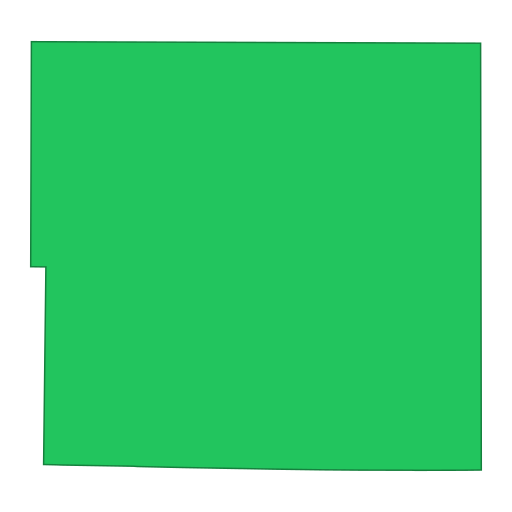 Taylor, Iowa, United States of America
{"feature_id": "52423323B56193221879017", "entity_name": "Taylor", "entity_type": "district", "adm_level": 2, "iso_a3": "USA", "parent_name": "United States of America", "parent_adm1": "Iowa", "projection": "orthographic", "projection_center": [-94.694, 40.736], "detail": "fine", "context": "isolated", "style": "filled", "palette": "green", "viewbox_px": 512, "rotation_deg": 0, "n_neighbors": 0, "source": "geoboundaries", "source_scale": "gbopen_adm2", "svg_char_len": 412}
<svg xmlns="http://www.w3.org/2000/svg" viewBox="0 0 512 512"><path d="M481.3,470.0L480.6,43.2L31.4,41.7L30.7,266.7L45.9,266.9L43.6,464.5L56.9,464.8L61.5,465.0L133.5,466.2L137.3,466.5L145.9,466.7L182.6,467.5L239.2,468.5L240.9,468.5L272.8,469.1L322.6,469.8L360.2,470.1L411.3,470.2L411.6,470.2L415.1,470.3L416.3,470.3L419.5,470.3L463.5,470.2L481.3,470.0Z" fill="#22c55e" stroke="#15803d" stroke-width="1.5"/></svg>